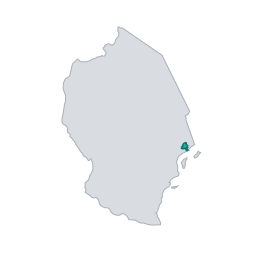 Muheza, Tanga, United Republic of Tanzania (highlighted), rotated 35°
{"feature_id": "72390352B38576032693201", "entity_name": "Muheza", "entity_type": "district", "adm_level": 2, "iso_a3": "TZA", "parent_name": "United Republic of Tanzania", "parent_adm1": "Tanga", "projection": "albers", "projection_center": [38.789, -5.179], "detail": "fine", "context": "in_parent", "style": "filled", "palette": "teal", "viewbox_px": 256, "rotation_deg": 35, "n_neighbors": 0, "source": "geoboundaries", "source_scale": "gbopen_adm2", "svg_char_len": 5295}
<svg xmlns="http://www.w3.org/2000/svg" viewBox="0 0 256 256"><g transform="rotate(35 128 128)"><path d="M99.6,173.4L97.2,172.2L95.0,171.4L93.2,170.6L92.4,169.8L90.8,169.5L89.3,169.3L88.0,168.6L85.2,168.3L84.9,167.8L84.8,166.7L84.4,166.4L83.4,166.1L82.3,166.1L81.6,166.3L81.2,166.2L80.3,165.6L79.5,164.7L79.2,163.4L77.9,162.5L76.5,161.8L72.4,161.9L71.8,161.7L70.8,161.1L69.7,159.9L68.8,158.6L68.0,156.9L67.1,154.5L62.4,145.0L61.9,143.2L61.0,141.3L59.4,138.8L57.9,137.0L55.7,135.4L53.3,133.8L52.0,132.7L49.4,128.2L48.9,126.1L48.5,124.0L48.6,123.1L50.1,120.3L50.3,119.5L50.1,118.4L49.3,116.2L48.2,113.5L46.2,108.6L45.9,107.3L45.9,106.4L47.0,101.3L47.0,100.6L51.6,100.7L55.0,98.4L57.9,95.1L58.5,93.7L59.6,91.6L60.8,90.5L61.2,89.8L61.9,87.7L63.4,86.2L64.9,85.1L64.6,84.4L64.8,84.1L65.6,83.5L67.2,83.0L67.5,81.9L67.5,80.6L67.3,79.9L67.3,79.1L67.0,78.7L66.0,78.6L64.4,78.0L63.1,77.7L62.2,77.4L61.9,77.1L61.7,76.4L62.4,74.4L61.7,73.7L63.3,70.5L63.6,70.1L64.2,70.0L65.1,69.7L66.0,69.5L66.7,69.6L67.2,69.5L67.6,69.1L68.0,68.0L68.3,66.2L68.1,64.7L67.4,63.6L67.2,61.9L67.5,59.6L67.3,57.6L66.5,56.1L65.7,55.2L64.5,54.8L62.7,52.5L62.1,51.3L62.2,50.6L62.8,50.3L64.0,50.4L65.1,50.1L66.1,49.4L67.1,49.2L67.6,49.3L114.2,48.9L168.7,78.8L168.9,79.2L169.3,81.8L169.2,82.7L168.4,84.2L168.1,85.0L168.1,85.5L168.3,85.7L169.1,85.8L169.7,86.2L169.9,86.5L170.3,87.6L170.9,88.2L191.5,103.0L192.0,103.2L191.7,104.5L190.5,107.5L190.5,108.7L190.0,110.2L189.6,111.2L188.4,115.5L187.4,117.1L186.1,120.8L185.8,123.6L186.6,125.6L186.9,127.5L188.4,129.3L189.7,130.0L190.6,130.8L192.1,132.7L192.9,134.7L195.7,135.6L196.7,137.8L196.3,139.2L195.1,140.5L193.9,142.5L192.9,145.1L192.9,149.1L193.6,148.5L195.0,149.4L195.2,152.4L193.7,155.8L193.2,157.4L193.2,158.8L194.2,162.9L195.9,165.0L195.7,165.6L195.3,166.2L198.1,169.8L197.9,173.1L198.9,175.6L199.4,177.7L200.0,179.4L200.2,180.5L199.3,181.8L201.3,182.1L202.5,183.1L203.1,184.1L204.6,184.1L205.3,184.8L206.5,185.3L209.0,187.0L209.7,187.9L210.1,188.7L203.1,193.9L200.6,195.2L198.8,195.9L196.9,196.2L195.1,197.0L193.4,198.3L191.2,199.0L188.5,199.0L185.7,199.9L181.3,202.6L178.7,201.1L176.7,200.6L174.3,200.7L172.9,200.9L172.4,201.2L172.0,202.1L171.6,203.6L170.1,205.1L167.4,206.5L164.9,207.0L162.7,206.7L161.1,206.1L160.3,205.3L159.2,204.9L157.6,205.0L156.1,205.6L154.7,206.6L152.5,207.1L149.3,207.0L147.7,206.5L147.4,205.6L146.1,204.5L143.6,203.3L141.7,203.3L140.6,204.5L139.5,205.2L138.5,205.5L137.6,205.5L136.4,205.2L132.9,205.1L129.7,205.2L129.3,203.5L128.7,202.5L128.1,201.9L126.9,201.7L126.6,201.3L126.2,200.2L125.7,199.3L124.9,198.6L124.5,197.9L124.3,197.3L124.5,196.6L125.1,194.8L125.3,193.7L125.2,192.4L124.9,191.2L124.1,189.7L124.2,189.3L123.9,188.3L123.9,187.6L124.0,186.7L123.9,185.5L123.2,183.1L123.2,182.4L122.5,181.2L120.3,178.4L120.2,178.0L116.7,175.2L115.4,174.6L114.9,175.1L114.7,175.6L114.9,176.5L114.8,177.0L114.6,177.2L113.8,177.2L113.3,177.1L112.0,176.3L111.0,176.1L108.5,176.3L107.6,176.5L107.0,176.3L105.6,175.0L104.1,174.7L102.7,174.7L100.4,173.2L99.6,173.4ZM196.0,125.2L197.2,128.3L197.0,128.9L196.2,129.3L195.8,129.3L195.3,128.8L195.0,127.7L194.3,128.0L193.3,126.7L192.3,126.7L191.4,125.2L191.8,123.8L191.5,121.6L192.6,120.4L193.3,118.5L194.0,119.8L194.1,121.9L195.1,124.3L196.0,125.2ZM201.5,106.4L201.6,107.1L201.3,107.9L201.4,110.1L201.3,111.6L200.5,113.6L199.8,114.4L199.2,114.2L198.6,113.8L198.3,113.2L199.1,109.5L198.7,106.7L200.2,107.0L201.5,106.4ZM199.2,151.9L198.4,152.1L198.0,151.9L197.6,151.3L198.4,150.7L199.2,149.7L201.1,148.2L202.0,147.0L201.9,148.2L200.8,150.7L199.9,150.9L199.2,151.9Z" fill="#d9dde1" stroke="#a8b0b8" stroke-width="1"/><path d="M184.4,114.1L184.3,113.9L184.5,113.8L184.7,113.7L184.8,113.7L185.0,113.6L185.1,113.4L185.2,113.2L185.3,113.1L185.5,112.9L185.7,112.7L185.8,112.7L186.0,112.5L186.0,112.4L186.1,112.2L186.2,111.9L186.2,111.7L186.3,111.7L186.5,111.7L186.8,111.7L186.9,111.8L187.0,111.8L187.2,112.0L187.3,112.0L188.0,112.4L188.0,112.5L188.3,112.6L188.5,112.8L188.8,112.9L189.0,112.9L189.3,113.0L189.4,112.9L189.4,112.7L189.5,112.6L189.5,112.4L189.6,112.2L189.7,111.9L189.7,111.7L189.8,111.6L189.7,111.6L189.4,111.6L189.2,111.7L188.9,111.7L188.7,111.7L188.3,111.8L188.2,111.9L188.0,112.0L187.9,112.0L187.7,112.1L187.5,111.9L187.4,111.8L187.4,111.7L187.5,111.6L187.8,111.5L187.8,111.4L187.9,111.2L188.0,111.2L188.1,110.9L188.0,110.7L188.0,110.4L188.0,110.2L187.9,110.1L187.8,109.9L187.7,109.9L187.8,109.7L187.7,109.7L187.5,109.4L187.5,109.2L187.4,109.0L187.2,108.9L187.2,108.7L187.2,108.4L186.9,108.3L186.7,108.3L186.6,108.2L186.4,108.2L186.2,108.1L185.9,108.1L185.7,108.0L185.6,107.9L185.4,107.9L185.2,107.8L185.1,107.7L184.8,107.7L184.8,107.8L184.6,107.8L184.5,107.7L184.4,107.4L184.4,107.2L184.4,106.9L184.2,106.8L183.9,106.8L183.7,106.8L183.5,107.0L183.4,107.3L183.2,107.5L183.1,107.8L182.9,108.0L182.7,108.3L182.6,108.5L182.5,108.8L182.5,109.0L182.5,109.3L182.5,109.5L182.6,109.8L182.6,110.0L182.6,110.3L182.8,110.6L182.9,110.8L182.9,111.0L183.0,111.2L183.0,111.3L183.1,111.5L183.3,111.7L183.3,111.8L183.2,111.9L183.2,112.0L183.3,112.2L183.2,112.3L183.3,112.3L183.2,112.4L183.3,112.5L183.2,112.7L183.3,112.8L183.3,113.0L183.3,113.3L183.4,113.5L183.4,113.8L183.5,113.9L183.5,114.0L183.8,114.0L184.0,114.0L184.3,114.1L184.2,114.0L184.3,114.0L184.4,114.1Z" fill="#14b8a6" stroke="#0f766e" stroke-width="1.5"/></g></svg>